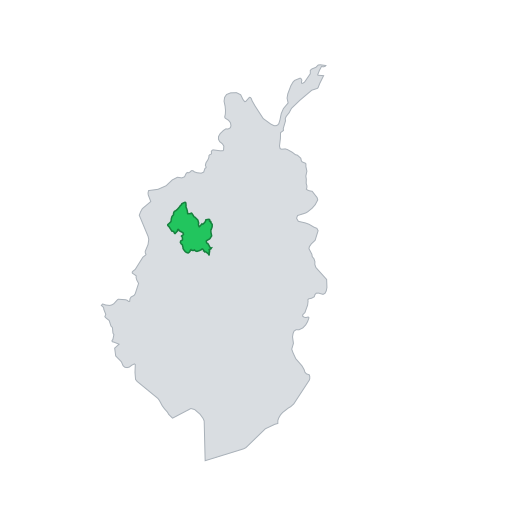 Sari Pul highlighted on a map of Afghanistan, rotated 322°
{"feature_id": "AFG-1748", "entity_name": "Sari Pul", "entity_type": "Province", "adm_level": 1, "iso_a3": "AFG", "parent_name": "Afghanistan", "parent_adm1": "", "projection": "equal_earth", "projection_center": [66.141, 35.686], "detail": "fine", "context": "in_parent", "style": "filled", "palette": "green", "viewbox_px": 512, "rotation_deg": 322, "n_neighbors": 0, "source": "natural_earth", "source_scale": "10m", "svg_char_len": 8144}
<svg xmlns="http://www.w3.org/2000/svg" viewBox="0 0 512 512"><g transform="rotate(322 256 256)"><path d="M228.4,145.3L236.8,144.5L242.6,145.6L245.6,148.8L248.5,149.6L251.4,148.1L253.2,147.8L253.9,148.8L255.4,149.2L257.6,149.0L258.8,149.9L259.2,151.7L260.8,154.1L263.8,157.0L266.4,157.7L269.8,155.5L271.0,155.7L271.5,155.0L271.9,153.4L273.9,151.8L277.7,150.4L279.8,149.1L280.6,148.0L281.9,147.7L283.3,148.1L284.2,147.7L285.0,146.2L286.3,145.7L287.5,145.9L292.7,151.2L294.8,152.7L295.7,152.5L298.3,149.6L298.6,147.0L297.8,143.6L298.3,140.9L300.0,138.8L303.1,137.5L307.7,137.0L310.6,137.3L311.7,138.4L313.1,139.0L314.9,139.1L316.5,137.9L317.9,135.3L317.9,132.2L316.6,128.4L316.9,127.2L319.2,125.3L321.6,122.5L323.9,118.9L326.1,114.4L328.9,111.7L332.2,110.6L336.4,111.8L341.2,115.3L343.2,119.5L342.1,124.6L342.1,127.4L343.0,127.9L348.5,126.9L349.2,127.7L349.2,129.1L348.5,131.2L347.6,137.2L346.3,152.1L348.8,161.0L350.5,164.5L352.1,165.7L353.8,166.1L355.4,165.8L358.7,163.5L363.6,159.3L368.4,156.7L375.5,155.2L377.7,150.7L380.9,147.8L388.3,143.3L392.3,141.7L394.6,141.4L400.3,143.0L400.7,144.4L400.3,145.8L398.8,147.0L398.3,147.9L398.9,148.6L401.2,148.9L411.0,145.8L413.1,143.1L415.2,143.0L419.4,144.2L422.6,143.8L424.4,144.9L428.3,148.9L427.1,149.1L425.4,148.3L424.3,147.0L420.4,148.7L416.1,151.2L416.2,151.8L420.3,155.5L412.2,159.4L408.5,161.6L407.6,161.7L402.0,159.7L386.5,160.3L374.8,161.5L370.3,163.5L366.0,164.5L363.8,165.6L362.4,167.7L356.0,172.3L354.9,174.0L351.3,173.9L347.6,178.4L342.2,183.8L341.1,186.3L342.0,187.7L345.0,189.6L346.3,191.5L348.5,196.7L349.4,200.4L350.7,202.0L351.5,206.5L350.3,209.0L350.3,210.2L352.2,213.6L351.7,214.6L350.4,216.2L348.3,220.5L344.5,223.7L342.9,226.5L340.3,229.6L339.2,232.2L338.0,233.6L336.8,234.4L337.2,235.8L338.3,237.6L340.1,239.6L340.1,247.6L339.2,249.8L334.3,252.0L329.7,252.9L323.9,253.0L321.7,252.7L313.7,249.7L311.2,251.2L310.7,254.7L315.3,260.4L317.3,263.6L319.4,268.9L321.0,271.7L320.5,274.3L312.3,280.0L307.1,280.5L303.8,281.5L302.2,282.9L301.1,289.0L299.9,291.2L300.0,293.8L298.9,296.8L297.2,298.8L296.1,301.9L297.2,318.0L292.5,324.5L289.8,326.8L287.3,327.9L285.2,327.5L282.5,323.8L280.6,322.4L278.7,322.7L276.8,324.0L273.8,323.5L271.2,322.2L269.9,322.4L269.2,323.7L266.4,326.5L259.7,330.7L256.9,331.0L255.7,332.0L256.2,333.8L257.4,335.2L259.6,336.2L259.7,337.3L256.2,339.5L252.7,340.9L248.6,341.5L244.4,340.6L242.3,338.8L239.7,338.6L237.4,340.0L235.0,342.2L231.7,347.9L226.8,351.4L225.6,355.0L224.1,361.4L224.6,370.8L224.0,375.0L223.0,377.7L223.2,379.9L224.8,382.4L224.2,384.0L222.8,385.8L221.4,386.7L194.7,395.8L190.4,396.1L188.1,395.7L180.6,395.7L177.4,396.3L174.2,397.6L171.9,399.1L170.1,401.4L166.9,400.1L157.0,397.9L130.0,400.8L127.5,400.3L89.9,386.0L113.6,354.1L114.3,351.4L114.5,346.2L113.1,339.2L110.8,336.1L90.4,332.4L89.7,327.0L90.1,324.6L89.8,320.0L89.9,316.4L90.9,310.5L91.0,307.9L85.1,281.7L85.1,279.1L89.0,273.2L94.0,267.3L93.8,266.2L91.3,265.6L87.7,265.5L85.7,264.6L84.2,263.0L83.7,260.7L84.8,256.5L83.9,248.4L87.9,241.6L93.8,241.2L90.9,236.2L90.3,235.7L90.0,234.8L90.4,234.0L91.9,233.6L95.6,230.5L95.8,228.7L98.8,224.0L98.6,221.9L100.6,216.4L99.7,212.8L99.5,210.8L101.7,209.5L103.2,204.4L104.0,203.1L104.1,201.8L103.7,199.7L105.6,199.4L107.4,202.1L110.3,204.9L112.1,205.7L114.5,206.1L119.8,205.2L120.9,205.3L126.3,210.2L127.2,211.5L127.6,213.4L128.5,214.0L130.4,212.1L132.3,211.4L135.8,212.0L137.7,211.3L146.6,205.3L147.3,201.4L148.2,199.2L149.4,197.9L148.0,193.4L148.5,192.5L149.7,192.2L152.6,192.2L166.1,187.3L169.6,187.3L170.4,186.9L170.6,185.5L171.6,184.1L178.0,180.5L181.7,176.9L183.0,174.2L189.1,152.0L192.3,150.1L195.6,148.7L206.6,148.3L208.7,141.5L209.7,139.9L211.6,138.3L219.8,143.1L228.4,145.3Z" fill="#d9dde1" stroke="#a8b0b8" stroke-width="1"/><path d="M229.8,169.1L232.3,169.7L233.0,169.9L233.2,170.0L233.3,170.1L233.3,170.3L233.4,170.6L233.4,170.9L233.3,171.0L233.0,171.6L232.9,171.7L232.7,172.0L232.3,172.6L232.2,172.9L231.6,173.4L231.5,173.6L231.2,174.0L230.8,174.8L230.7,175.1L230.6,175.8L230.5,176.0L230.0,177.3L229.8,177.7L229.8,177.9L229.5,178.3L229.4,178.6L228.6,179.9L228.3,180.3L228.2,180.6L228.3,180.8L229.1,181.2L230.0,182.1L230.6,182.3L231.1,182.2L231.4,182.3L231.5,182.4L231.6,182.5L231.7,183.0L231.7,183.3L231.6,183.5L231.5,184.9L231.6,185.1L231.6,185.4L231.6,185.5L231.4,185.9L231.4,186.1L231.3,186.6L231.3,187.0L231.7,187.6L231.8,187.9L232.2,191.1L232.3,191.6L232.2,192.0L232.0,192.6L231.4,194.0L231.2,194.6L231.1,194.8L230.7,195.0L230.4,195.3L230.1,195.6L230.0,195.8L229.7,196.3L229.2,197.9L229.3,198.1L229.6,198.1L233.1,197.4L233.1,197.5L233.4,198.0L233.6,198.2L236.3,198.0L236.5,197.9L236.9,197.7L237.3,197.6L237.7,197.4L238.8,196.6L241.1,197.8L241.7,198.3L241.7,198.6L241.8,198.8L241.7,198.9L241.7,199.0L241.4,199.3L241.0,199.5L240.9,199.6L240.8,199.8L240.8,200.0L241.4,200.4L241.4,200.5L241.5,200.6L241.4,200.8L241.4,201.0L241.5,201.4L241.5,201.5L241.4,201.6L241.0,201.8L240.9,201.8L240.9,202.0L241.0,202.8L241.0,203.1L241.0,203.3L241.0,203.7L240.9,204.0L240.8,204.4L240.6,204.6L239.5,205.9L239.1,206.2L238.6,206.6L237.9,206.9L237.5,207.2L237.2,207.5L236.5,207.6L236.3,207.9L235.1,209.5L233.6,212.6L233.4,212.8L233.2,213.0L232.8,213.0L232.6,213.1L231.4,213.6L230.5,213.9L230.0,214.0L226.6,213.5L226.2,213.5L225.9,213.8L225.8,214.0L225.6,214.2L225.5,214.4L225.4,214.8L225.2,215.8L225.3,216.0L225.6,216.4L225.7,216.5L225.7,216.9L225.5,218.2L225.4,219.0L225.3,219.4L225.3,219.5L225.2,219.7L225.2,220.0L225.1,220.8L225.1,221.1L225.2,221.3L225.2,221.5L225.3,221.6L225.5,221.9L225.7,222.1L225.9,222.2L225.4,222.4L225.2,222.5L224.9,222.6L224.7,222.6L224.3,222.5L224.0,222.4L223.6,222.2L223.4,222.1L223.2,222.0L222.9,222.1L222.8,222.4L222.8,222.5L222.9,223.0L222.7,223.2L222.4,223.3L222.2,223.7L222.2,223.8L222.1,224.0L221.6,224.0L221.4,224.1L221.3,224.3L221.4,224.5L221.3,224.8L221.2,224.9L220.9,225.0L220.7,225.1L220.1,226.0L219.9,226.2L219.8,226.3L219.7,226.3L219.5,226.1L219.5,225.8L219.6,225.6L219.8,225.2L219.8,224.9L219.1,222.3L218.9,221.8L218.7,221.5L218.5,221.3L218.1,221.2L218.2,220.8L218.4,220.5L218.4,220.4L217.9,219.9L217.8,219.7L218.2,219.4L218.3,219.3L218.3,219.1L218.3,218.3L218.3,218.2L218.3,217.9L218.2,217.7L218.1,217.4L217.9,217.3L217.7,217.3L217.4,217.2L217.2,217.3L216.9,217.4L215.7,217.1L215.0,217.0L212.5,216.1L212.3,216.0L212.1,215.8L211.9,215.5L211.7,215.3L211.4,214.6L211.3,214.4L211.3,214.1L211.3,213.6L211.3,213.4L211.2,213.2L210.7,213.3L210.2,213.1L209.8,213.0L209.6,212.9L209.5,212.5L209.4,212.4L209.3,212.2L209.2,212.1L208.8,211.8L208.7,211.7L208.5,211.4L208.5,211.2L208.6,210.9L208.3,210.9L207.5,211.2L207.4,211.2L207.3,211.3L207.0,211.6L206.9,211.7L206.6,211.7L205.9,211.9L204.5,211.9L204.3,211.8L204.0,211.3L203.5,210.6L203.4,210.4L203.3,210.2L203.0,209.2L202.9,208.7L202.9,208.4L203.0,207.8L203.0,207.5L202.9,206.9L203.0,206.0L203.1,205.2L203.5,204.7L203.7,204.4L204.1,203.4L204.8,201.9L204.9,201.7L204.8,201.4L204.5,200.3L204.5,200.2L204.6,199.8L204.7,199.5L204.7,199.4L204.7,199.1L204.7,198.9L204.8,198.7L205.0,198.6L205.7,197.9L205.9,197.8L206.1,197.8L206.9,197.9L207.6,198.1L207.9,198.1L208.1,197.9L208.6,197.3L209.2,196.3L209.3,196.2L209.4,195.9L209.5,195.7L209.6,195.2L209.6,194.9L209.5,194.6L209.5,194.4L209.8,194.3L210.4,194.4L211.0,194.5L211.8,194.4L212.2,194.2L212.3,194.2L212.4,193.9L212.4,193.6L212.5,193.4L212.6,193.2L212.8,192.9L212.7,192.7L212.5,192.3L212.2,191.2L212.2,190.9L211.9,190.8L211.9,190.7L211.6,190.1L211.5,189.6L211.4,189.5L211.2,189.3L211.1,189.2L211.0,188.9L211.0,188.7L211.2,188.4L211.2,188.1L211.4,187.7L211.3,187.4L211.2,187.3L211.1,187.1L210.8,187.0L210.7,187.0L210.3,187.1L209.7,187.7L209.5,187.8L209.3,187.9L209.1,188.0L206.0,188.5L205.9,188.4L205.8,188.1L205.8,187.5L206.1,186.7L206.1,186.3L206.0,185.9L205.9,185.7L205.6,185.2L205.0,184.6L205.5,179.5L205.5,179.3L205.3,178.2L205.3,177.7L205.4,177.4L205.5,177.2L205.9,176.9L207.2,176.9L209.8,176.6L210.3,176.4L210.9,175.9L212.1,174.6L213.6,173.5L214.2,173.1L216.4,172.7L216.6,172.5L216.9,172.2L217.1,171.8L217.3,171.6L218.3,170.9L218.9,170.7L219.5,170.6L220.5,170.9L222.8,170.8L225.6,170.3L227.4,169.7L228.1,169.7L228.4,169.7L228.7,169.7L228.9,169.6L229.8,169.1Z" fill="#22c55e" stroke="#15803d" stroke-width="1.5"/></g></svg>